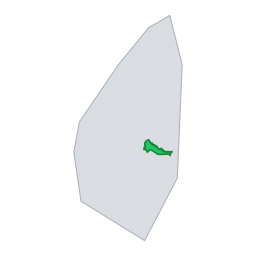 Raillon Road, Praslin, Saint Lucia shown in context
{"feature_id": "8701671B15123648543538", "entity_name": "Raillon Road", "entity_type": "district", "adm_level": 2, "iso_a3": "LCA", "parent_name": "Saint Lucia", "parent_adm1": "Praslin", "projection": "albers", "projection_center": [-60.939, 13.873], "detail": "fine", "context": "in_parent", "style": "filled", "palette": "green", "viewbox_px": 256, "rotation_deg": 0, "n_neighbors": 0, "source": "geoboundaries", "source_scale": "gbopen_adm2", "svg_char_len": 3403}
<svg xmlns="http://www.w3.org/2000/svg" viewBox="0 0 256 256"><path d="M177.3,178.1L144.6,240.6L81.0,201.3L73.8,151.9L79.4,121.9L118.3,64.8L148.6,27.7L169.8,15.4L182.2,64.7L177.3,178.1Z" fill="#d9dde1" stroke="#a8b0b8" stroke-width="1"/><path d="M164.6,154.3L166.3,154.1L168.7,154.3L170.2,155.3L170.5,153.2L171.2,152.8L171.3,152.7L171.5,152.4L171.6,152.2L171.8,152.2L172.0,151.9L171.9,151.5L171.5,151.8L171.2,152.0L170.9,152.0L170.8,151.9L170.6,151.9L170.4,151.9L170.2,151.8L169.9,152.0L169.7,152.1L169.4,152.1L169.2,151.8L169.0,151.7L168.8,151.6L168.7,151.6L168.7,151.8L168.7,152.0L168.4,151.9L168.3,151.7L168.2,151.6L167.8,151.5L167.7,151.5L167.4,151.7L167.3,151.8L167.2,152.0L166.9,152.1L166.8,151.9L166.7,151.8L166.6,151.6L166.4,151.6L166.2,151.5L165.9,151.6L165.7,151.7L165.5,151.8L165.3,151.9L165.2,151.9L165.2,151.5L165.1,151.4L165.0,151.2L165.0,151.3L164.9,151.3L164.8,151.7L164.7,151.8L164.5,151.7L164.4,151.6L164.3,151.4L164.2,151.4L164.1,151.1L164.0,150.9L163.9,151.2L163.5,151.0L162.8,150.8L162.8,150.7L162.9,150.3L162.9,150.2L162.6,150.0L162.3,150.3L162.2,150.3L162.0,150.1L162.1,149.9L162.1,149.6L161.8,149.4L161.9,149.2L162.0,149.2L161.9,148.8L161.8,148.6L161.7,148.6L161.4,148.5L161.2,148.8L161.2,148.6L161.1,148.4L161.0,148.5L160.9,148.6L160.6,148.9L160.2,149.0L159.8,149.3L159.7,149.1L159.6,148.9L159.4,148.9L159.1,148.9L159.0,149.0L158.9,148.8L158.7,148.7L158.3,148.6L158.2,148.7L158.1,148.8L157.9,148.8L157.8,148.7L157.7,148.6L157.6,148.3L157.6,148.2L157.6,147.8L157.6,147.6L157.6,147.3L157.5,147.2L157.4,147.2L157.2,147.0L157.2,146.9L157.1,146.7L156.8,146.3L156.8,146.2L156.7,146.2L156.5,146.3L156.4,146.4L156.4,146.5L156.4,146.8L156.2,146.8L156.0,146.7L155.9,146.7L156.0,146.6L156.0,146.4L155.9,146.4L155.7,146.4L155.6,146.1L155.5,145.9L155.5,145.7L155.4,145.7L155.2,145.6L155.2,145.4L154.9,145.0L154.7,144.8L154.6,144.7L154.3,144.7L154.2,144.7L153.9,144.5L153.7,144.6L153.4,144.6L153.2,144.6L153.1,144.9L153.1,145.0L152.9,144.9L152.7,144.7L152.4,144.5L152.5,144.5L152.5,144.3L152.6,144.2L152.6,143.9L152.4,143.9L152.3,143.7L152.3,143.3L152.2,143.2L152.0,143.3L151.9,143.3L151.8,143.2L151.7,143.3L151.5,143.5L151.4,143.6L151.2,143.5L151.0,143.4L150.9,143.4L150.7,143.2L150.6,142.8L150.5,142.7L150.4,142.5L150.4,142.4L150.2,142.4L149.8,142.1L149.9,141.9L149.9,141.7L149.9,141.4L149.7,141.3L149.5,141.2L149.4,140.9L149.2,140.7L149.1,140.3L148.9,140.2L148.7,140.1L148.7,139.9L148.6,139.7L146.2,140.9L146.1,141.1L145.9,141.3L145.9,141.6L145.8,141.8L145.7,141.9L145.7,142.0L145.1,142.4L145.0,142.5L145.0,142.8L144.9,142.9L144.8,143.0L144.8,143.4L144.8,143.5L144.8,143.8L144.7,143.9L144.7,144.0L144.8,144.1L144.8,144.3L144.8,144.5L145.1,144.7L145.2,144.8L145.2,145.0L145.0,145.3L144.9,145.5L144.9,145.8L145.1,146.1L145.2,146.3L145.2,146.5L145.1,146.8L145.0,147.1L144.9,147.2L144.9,147.3L144.6,147.3L144.4,147.3L144.4,147.6L144.4,147.8L144.3,148.0L144.2,148.0L143.9,148.1L143.9,148.4L143.9,148.5L144.0,148.6L144.0,148.8L144.4,148.9L144.5,149.0L144.4,149.1L144.3,149.3L144.7,149.2L144.8,149.1L145.0,149.1L145.3,149.3L145.4,149.6L145.4,149.8L145.5,149.9L145.6,150.1L145.9,150.2L146.0,150.2L146.2,150.4L146.3,150.5L146.5,150.5L146.8,150.7L146.9,150.8L147.0,150.9L147.0,151.0L146.9,151.2L146.9,151.3L147.0,151.5L147.3,151.6L147.4,151.8L147.5,151.9L147.5,152.0L150.5,149.6L153.2,151.2L158.0,154.4L160.2,154.4L162.1,154.4L164.6,154.3Z" fill="#22c55e" stroke="#15803d" stroke-width="1.5"/></svg>